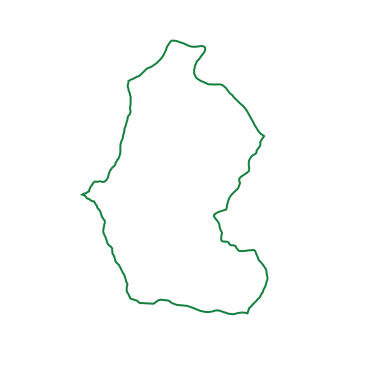 outline of Teodoro Sampaio, São Paulo, Brazil, rotated 218°
{"feature_id": "56859067B41725338982994", "entity_name": "Teodoro Sampaio", "entity_type": "district", "adm_level": 2, "iso_a3": "BRA", "parent_name": "Brazil", "parent_adm1": "São Paulo", "projection": "mercator", "projection_center": [-52.368, -22.428], "detail": "fine", "context": "isolated", "style": "outline", "palette": "green", "viewbox_px": 384, "rotation_deg": 218, "n_neighbors": 0, "source": "geoboundaries", "source_scale": "gbopen_adm2", "svg_char_len": 4007}
<svg xmlns="http://www.w3.org/2000/svg" viewBox="0 0 384 384"><g transform="rotate(218 192 192)"><path d="M169.6,280.4L171.7,280.4L173.1,280.2L175.2,280.4L178.1,281.2L180.5,282.1L184.4,283.5L187.7,285.2L189.0,285.7L192.2,286.9L193.9,287.7L199.1,289.9L204.1,291.2L209.0,291.4L213.3,292.0L216.7,292.2L219.7,293.1L223.5,293.2L226.9,294.2L229.8,294.9L233.8,295.0L235.6,294.3L237.5,293.1L240.2,290.7L241.3,290.0L245.5,286.9L248.5,286.3L253.7,284.9L258.4,284.5L260.0,285.0L263.1,286.6L265.4,289.5L267.4,293.4L267.9,295.9L268.6,297.8L268.2,301.0L268.4,304.7L268.4,308.8L268.9,311.9L270.7,313.9L272.9,313.8L274.9,312.5L277.1,310.1L278.9,308.4L280.9,306.9L282.7,305.9L286.5,304.7L289.2,304.2L296.5,301.7L298.0,301.0L301.1,298.9L301.6,297.2L301.1,291.0L299.8,287.5L298.7,282.2L298.5,279.6L298.5,277.9L299.2,271.7L301.1,265.6L303.5,261.6L304.8,251.8L305.3,250.4L306.6,248.5L307.8,245.5L309.3,242.9L310.4,240.3L309.1,238.5L308.6,237.0L307.5,235.4L305.7,234.3L304.4,232.9L303.1,232.2L301.6,231.4L300.2,230.0L298.7,229.2L297.5,227.2L296.1,225.6L295.1,224.2L293.6,221.9L292.7,219.9L291.1,218.7L289.9,217.5L288.9,215.3L289.0,213.3L288.9,211.9L288.1,210.3L287.2,208.9L286.6,206.9L285.4,204.2L284.7,202.4L284.2,200.3L283.1,198.7L282.0,196.7L281.0,193.9L279.9,192.3L279.2,190.0L278.6,187.5L277.6,185.4L276.2,183.5L275.2,182.0L273.5,180.0L272.2,178.0L271.2,175.4L270.5,173.3L270.7,171.3L270.2,169.6L270.2,167.9L269.2,166.2L269.4,164.0L269.9,161.8L269.7,159.5L269.7,157.9L269.1,156.3L268.7,154.9L267.9,153.5L267.2,151.7L267.0,150.2L266.8,148.1L267.5,146.0L268.5,144.9L270.2,144.3L271.8,143.2L272.5,142.0L274.1,141.0L275.2,140.1L275.4,138.0L275.1,136.0L275.1,133.5L274.4,130.8L273.5,129.2L274.2,127.8L274.8,125.8L276.2,124.0L276.9,122.3L274.5,123.1L272.1,122.8L270.8,122.3L268.7,123.1L266.2,123.1L264.9,123.4L263.4,124.3L261.5,123.5L259.8,122.8L258.1,122.4L257.2,121.4L255.9,121.1L254.4,120.9L252.9,120.4L251.4,119.7L250.0,118.6L247.8,117.1L244.7,116.1L242.9,115.5L241.7,114.0L241.2,112.6L240.1,110.6L239.1,108.5L237.9,106.5L236.8,105.5L235.5,104.8L234.2,103.9L232.5,103.3L231.3,102.3L230.0,101.7L228.9,100.8L227.0,99.5L225.4,99.1L224.1,98.8L222.5,99.0L220.2,98.4L218.5,96.4L216.7,94.5L215.2,94.0L213.5,93.3L212.3,92.3L210.5,90.9L208.9,90.0L206.4,89.6L204.8,89.6L203.5,89.0L202.0,88.4L200.4,87.5L198.5,86.7L196.5,85.6L194.8,85.2L193.5,84.4L192.4,83.6L190.7,82.5L188.5,80.7L186.7,80.1L185.4,78.4L184.5,76.4L183.1,74.5L181.6,73.1L179.3,72.5L177.8,71.4L176.5,71.2L175.4,70.1L173.2,70.7L171.0,71.5L168.5,72.5L164.8,72.3L163.0,73.7L153.5,80.3L151.8,86.1L149.8,88.3L148.0,89.3L144.7,91.4L143.2,92.1L141.5,92.0L139.0,92.2L134.0,93.9L129.8,96.7L125.5,99.4L122.5,100.4L120.4,101.1L112.5,103.4L108.5,105.2L105.0,107.6L102.3,110.5L100.2,113.5L97.6,115.3L92.2,117.2L88.4,118.5L85.6,120.2L83.8,121.4L82.5,123.3L80.8,125.4L78.4,127.8L76.1,129.4L73.6,130.5L75.5,135.9L75.0,137.9L75.0,139.8L74.6,143.5L74.3,145.1L74.2,148.0L73.9,149.8L73.8,151.2L74.5,154.3L74.6,157.0L75.5,159.0L76.1,162.7L77.1,165.2L78.0,167.2L78.6,169.2L79.4,170.6L82.3,173.1L84.1,174.9L85.9,176.6L87.7,177.1L90.0,178.0L93.6,178.9L97.7,179.5L99.3,180.7L101.3,181.7L102.9,182.6L104.2,183.4L105.9,184.4L107.6,184.4L111.7,180.6L113.4,178.8L116.1,176.2L118.9,174.5L122.4,175.2L124.5,176.2L126.1,175.7L128.5,174.1L130.3,173.8L132.1,174.8L134.2,174.2L136.7,172.3L138.1,171.8L139.5,172.3L141.0,174.1L142.2,176.3L143.2,178.3L145.7,179.5L147.8,180.7L149.0,181.7L150.6,183.4L152.3,184.3L159.4,186.1L160.5,187.3L160.1,189.7L159.1,192.0L158.0,193.8L155.8,197.0L154.3,199.2L155.0,201.0L156.5,203.6L158.0,207.4L158.7,209.4L159.0,211.0L159.2,212.8L159.1,214.9L158.7,218.3L158.1,221.9L158.0,223.7L158.6,225.4L159.1,227.0L159.9,228.9L161.5,229.7L162.9,231.5L162.8,234.2L161.8,237.1L161.0,239.7L160.3,241.7L160.2,243.9L161.2,245.5L162.4,246.8L163.8,248.1L165.0,249.7L166.3,251.5L166.8,253.6L167.0,255.6L166.9,257.7L166.0,259.9L165.3,262.2L166.5,264.4L166.6,267.1L166.7,270.0L167.6,272.0L168.9,273.1L169.3,275.7L169.5,278.0L169.6,280.4Z" fill="none" stroke="#15803d" stroke-width="2"/></g></svg>